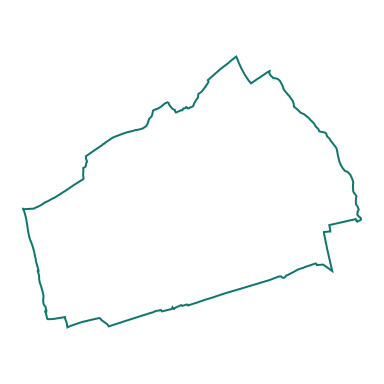 outline of Deleni, Vaslui, Romania
{"feature_id": "2599482B86595247062374", "entity_name": "Deleni", "entity_type": "district", "adm_level": 2, "iso_a3": "ROU", "parent_name": "Romania", "parent_adm1": "Vaslui", "projection": "mercator", "projection_center": [27.752, 46.541], "detail": "fine", "context": "isolated", "style": "outline", "palette": "teal", "viewbox_px": 384, "rotation_deg": 0, "n_neighbors": 0, "source": "geoboundaries", "source_scale": "gbopen_adm2", "svg_char_len": 5730}
<svg xmlns="http://www.w3.org/2000/svg" viewBox="0 0 384 384"><path d="M108.8,326.4L125.9,320.8L135.9,317.6L150.4,313.0L153.3,312.2L154.2,311.7L155.9,311.0L156.8,310.8L158.6,310.6L160.9,310.0L161.9,311.4L166.9,310.2L171.8,309.0L172.5,307.4L173.2,308.7L173.4,308.8L173.9,309.0L174.0,308.9L174.0,308.7L174.0,308.3L175.5,307.7L176.0,307.4L178.5,306.3L179.8,305.8L181.2,305.1L181.5,305.2L181.7,305.5L182.1,305.8L182.3,305.9L185.2,305.0L187.0,304.5L187.3,304.5L188.1,305.5L189.0,305.1L192.4,304.0L195.8,303.0L204.4,300.0L209.3,298.5L211.2,297.9L213.2,297.3L216.7,296.1L219.5,295.2L221.9,294.3L230.2,291.8L238.5,289.4L254.0,284.7L269.4,280.1L273.0,278.7L276.5,277.4L278.2,276.7L279.2,276.5L280.3,276.4L281.3,276.5L281.6,277.0L282.1,277.4L283.1,277.8L283.5,277.8L284.6,277.5L285.4,276.7L286.0,275.7L286.6,275.4L288.4,274.7L292.3,272.6L293.8,271.9L297.2,269.9L298.8,269.2L299.7,268.9L303.4,267.8L304.1,267.5L304.9,267.0L305.5,266.9L306.6,266.4L309.3,265.6L310.7,265.1L315.5,263.5L316.1,263.6L316.8,265.0L323.2,264.6L332.2,271.0L329.7,260.2L327.0,248.2L324.5,235.8L324.1,234.2L324.0,232.6L324.0,232.0L325.9,231.9L327.2,231.7L328.2,231.6L329.1,231.4L329.4,231.5L330.3,231.5L330.1,229.6L329.3,225.1L333.7,224.1L340.0,222.7L345.7,221.4L346.9,221.1L347.8,220.9L348.2,220.8L354.6,219.4L355.0,219.2L355.6,219.0L356.4,220.8L357.0,220.7L357.4,221.7L358.3,221.1L359.8,220.4L360.6,220.0L361.0,219.3L360.9,218.3L360.1,217.4L359.0,216.6L358.0,215.6L357.4,214.7L357.2,213.9L357.4,213.1L357.7,212.2L357.7,211.4L358.1,210.6L358.7,209.8L358.5,209.0L357.7,207.0L357.3,206.0L356.4,205.0L356.0,204.3L355.9,203.3L355.8,201.1L356.0,199.1L356.1,198.3L356.3,197.2L356.4,196.3L356.3,195.9L355.9,195.4L354.6,193.5L353.8,192.4L353.3,191.5L353.2,190.6L353.0,188.8L352.9,186.9L353.0,184.7L353.2,183.2L353.1,181.9L352.9,180.8L352.1,178.7L351.5,177.4L350.5,175.1L349.7,174.1L348.6,172.9L347.2,171.7L345.9,171.3L345.1,171.0L344.1,169.9L342.9,168.5L341.0,165.4L339.9,163.0L338.7,158.9L338.0,156.0L337.5,153.1L337.0,150.1L336.5,148.4L335.4,146.7L334.4,145.4L332.1,142.5L330.9,141.1L329.2,138.3L327.7,137.0L327.2,136.6L326.8,135.6L326.5,134.2L326.1,133.4L325.3,132.7L324.3,132.5L323.2,132.2L321.7,131.9L320.4,131.6L319.4,131.3L319.0,130.8L318.7,129.8L318.0,128.6L316.7,127.5L315.9,126.6L315.2,125.5L314.0,123.4L310.9,120.4L308.3,117.5L307.1,116.7L304.4,114.4L301.3,113.0L300.2,112.3L298.6,110.6L295.9,108.2L294.2,107.0L293.8,106.2L293.7,103.7L292.8,101.1L291.4,99.1L290.3,97.5L289.1,95.8L287.4,94.0L286.2,92.5L284.8,90.9L283.4,88.7L283.1,87.3L282.4,85.6L281.6,84.0L280.5,81.9L279.7,80.6L278.4,79.5L278.0,79.1L276.5,78.5L274.8,78.3L273.1,78.1L272.3,77.1L270.7,75.6L269.7,74.0L269.3,73.0L269.3,72.2L269.6,71.1L269.3,71.2L267.0,72.5L263.7,74.8L255.6,80.2L251.0,83.3L248.5,80.3L244.5,74.3L243.4,72.1L241.3,68.3L238.8,62.8L236.3,56.6L235.3,57.3L232.9,59.1L227.9,63.4L220.6,68.9L210.2,78.1L207.8,80.2L208.1,80.6L208.4,81.1L208.4,81.7L207.8,83.4L207.2,84.0L206.7,84.8L206.3,85.3L206.0,85.9L205.5,86.4L205.4,87.0L204.9,87.4L204.2,88.4L203.0,89.9L202.4,90.9L200.7,92.4L199.3,93.3L198.9,93.6L198.4,93.9L198.3,94.8L197.9,97.5L197.5,98.3L196.0,100.2L195.4,101.3L194.1,103.5L193.2,106.0L192.3,106.6L191.4,107.1L190.1,107.5L189.0,108.2L188.5,108.5L187.9,108.4L187.0,107.6L186.5,107.1L186.1,107.1L185.6,107.5L185.4,107.9L185.0,108.2L184.8,108.3L184.2,108.3L183.3,108.5L182.9,109.4L182.4,110.1L181.9,110.4L181.2,110.2L176.0,112.5L175.3,111.8L174.8,109.9L172.6,109.0L171.8,108.1L170.9,107.0L169.1,104.6L168.6,103.0L167.4,102.3L165.5,103.1L164.1,104.2L163.4,104.6L161.5,106.4L158.7,108.2L158.0,108.5L156.8,109.0L155.5,109.4L154.4,109.8L153.3,110.4L153.0,110.8L152.7,112.1L152.6,112.8L152.3,114.0L152.2,114.9L151.7,116.1L151.3,116.6L150.5,117.5L149.7,118.3L149.0,119.2L148.7,120.0L148.4,121.0L148.0,122.2L147.7,123.3L147.3,124.3L146.8,125.1L146.3,126.0L145.1,126.8L143.0,128.3L140.8,129.1L138.1,129.7L135.2,130.2L132.5,131.0L129.4,131.7L127.0,132.3L121.7,134.1L118.4,135.4L114.3,136.9L112.1,138.0L104.8,143.0L104.7,143.5L103.6,143.9L102.8,144.3L102.5,144.9L101.7,145.5L100.9,145.9L97.6,148.2L95.5,149.6L92.1,151.9L86.9,155.6L85.9,156.2L85.9,157.0L85.9,158.6L86.3,159.4L86.8,160.8L87.1,161.4L86.9,162.0L86.3,162.7L86.2,163.7L85.9,165.4L85.3,166.9L83.2,168.1L83.4,171.0L83.1,175.0L83.4,177.1L83.5,179.0L75.2,184.2L66.6,190.0L58.8,195.0L54.0,198.0L52.0,198.8L48.9,200.6L47.0,201.6L45.0,202.4L44.0,203.0L42.5,204.1L41.3,204.9L39.0,206.2L37.6,206.8L36.3,207.3L35.1,207.9L34.4,208.4L33.5,208.7L31.7,208.7L27.0,209.0L23.7,209.2L23.1,208.8L23.0,209.1L23.6,209.8L23.9,210.5L24.4,212.2L25.0,213.9L25.4,215.6L25.8,217.4L26.1,218.7L26.6,221.6L27.3,225.4L27.7,228.8L28.1,231.4L28.7,234.2L29.4,237.7L30.4,240.5L31.7,243.5L33.0,247.6L34.0,251.2L34.4,252.9L34.6,254.5L35.1,256.8L35.6,258.4L36.1,261.8L38.3,269.5L38.5,270.5L38.0,270.4L37.7,270.6L37.8,271.6L38.8,274.3L39.2,277.4L39.1,279.2L39.4,280.6L39.8,282.6L40.0,283.3L40.6,284.7L40.8,285.8L41.2,286.4L41.4,287.5L42.1,289.9L42.8,292.4L42.8,293.1L43.3,294.3L43.4,295.0L43.5,296.8L43.5,297.8L43.3,298.3L43.2,299.2L43.2,300.6L43.2,301.8L43.5,303.0L43.6,304.0L43.8,304.4L44.8,306.0L45.6,306.9L45.8,307.8L45.8,308.6L46.2,309.7L46.3,310.5L45.2,311.1L45.2,311.7L46.3,311.6L46.0,313.1L46.0,314.0L46.4,314.9L46.5,316.0L46.8,316.9L46.9,317.7L47.2,318.7L47.5,318.9L47.7,319.1L47.9,319.2L51.3,319.1L54.3,318.8L56.4,318.5L58.0,318.2L64.9,317.1L65.0,318.3L65.6,319.9L65.9,320.8L66.9,323.7L67.0,325.1L67.4,327.4L68.4,326.9L71.2,325.7L74.7,324.5L79.3,322.9L82.5,321.9L90.1,320.1L92.2,319.6L99.5,318.0L99.9,318.3L100.5,318.9L101.1,319.5L101.5,320.1L101.8,320.3L102.5,320.8L103.3,321.4L103.6,321.6L105.0,322.6L105.6,323.0L106.3,323.5L106.8,323.9L107.5,324.6L107.9,325.2L108.2,325.6L108.5,326.0L108.7,326.3L108.8,326.4Z" fill="none" stroke="#0f766e" stroke-width="2"/></svg>